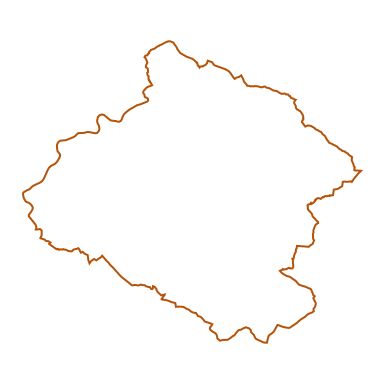 Hoghiz, Brasov, Romania (orthographic projection)
{"feature_id": "2599482B55739363536318", "entity_name": "Hoghiz", "entity_type": "district", "adm_level": 2, "iso_a3": "ROU", "parent_name": "Romania", "parent_adm1": "Brasov", "projection": "orthographic", "projection_center": [25.347, 45.951], "detail": "fine", "context": "isolated", "style": "outline", "palette": "amber", "viewbox_px": 384, "rotation_deg": 0, "n_neighbors": 0, "source": "geoboundaries", "source_scale": "gbopen_adm2", "svg_char_len": 5912}
<svg xmlns="http://www.w3.org/2000/svg" viewBox="0 0 384 384"><path d="M314.1,240.3L313.3,239.2L313.1,238.4L312.9,233.9L313.5,232.4L313.3,230.5L315.2,225.5L316.2,224.2L318.1,223.1L318.1,222.1L316.0,220.1L315.2,218.9L313.0,216.9L312.4,215.9L312.4,215.3L311.7,213.5L308.1,209.6L307.8,208.9L308.1,208.1L307.7,207.3L307.8,206.2L307.6,206.0L307.8,205.5L307.6,205.2L308.3,204.5L310.0,204.1L310.6,203.3L311.1,203.7L311.3,203.1L311.7,203.6L312.0,203.6L313.3,202.9L314.9,201.3L315.1,200.7L314.9,200.3L315.6,199.5L316.4,199.4L316.4,199.0L316.6,198.7L317.6,198.2L319.4,198.3L320.6,198.9L321.8,198.1L322.6,197.1L323.6,197.3L324.5,196.3L325.5,196.0L326.8,196.3L328.0,195.8L329.6,196.0L329.9,195.3L330.9,195.5L333.0,195.2L333.8,189.6L337.6,189.0L342.2,186.2L342.8,181.8L344.5,181.6L347.2,181.8L351.3,181.4L351.8,181.9L354.0,178.7L358.1,173.7L361.0,170.8L354.5,170.4L354.2,169.7L354.8,167.3L353.8,166.3L353.5,164.3L352.0,161.1L351.7,160.0L352.1,157.1L349.0,155.0L348.2,153.9L345.2,152.0L345.0,151.6L342.1,150.8L340.9,149.6L339.8,149.3L336.8,146.4L335.0,145.4L333.4,144.8L332.0,143.9L329.2,142.8L328.6,142.1L328.4,141.2L327.5,140.6L325.0,136.1L322.3,133.8L321.0,131.8L319.7,131.5L317.6,130.1L315.4,129.2L314.8,128.2L311.2,126.1L309.1,125.5L307.5,125.5L305.3,126.6L301.9,122.0L302.5,120.2L303.3,119.7L303.4,118.6L303.0,118.0L303.3,117.1L303.1,116.1L302.3,114.1L300.3,111.2L299.5,110.9L298.3,109.9L296.9,109.4L295.9,107.8L295.7,105.6L294.3,103.5L294.2,103.0L294.3,101.6L295.6,99.8L295.0,99.7L293.6,98.7L290.9,97.9L290.2,96.2L289.5,96.2L288.7,95.4L288.2,94.5L285.9,94.4L285.5,93.9L284.5,93.5L281.7,93.9L279.6,92.9L276.9,91.1L273.1,90.4L269.6,88.3L266.4,87.6L264.9,86.5L263.4,86.7L262.8,87.2L260.9,87.3L257.8,86.3L254.7,86.1L253.6,86.4L250.9,86.2L250.4,86.4L249.3,85.9L247.2,85.8L246.7,84.8L244.0,81.6L243.0,78.8L241.2,75.4L239.2,76.9L236.2,77.7L234.7,78.9L234.0,78.3L230.6,73.3L228.8,71.2L225.6,69.3L214.7,65.4L213.8,64.7L212.4,62.6L211.7,62.1L207.8,60.7L207.0,63.3L205.4,65.0L203.3,65.9L202.8,66.5L202.0,66.3L200.6,66.5L199.5,67.6L198.8,66.1L197.8,65.7L197.5,63.9L196.9,63.1L197.0,62.6L196.4,62.5L196.0,61.8L192.6,58.9L186.4,56.6L180.3,53.1L177.5,49.3L176.6,47.2L173.8,43.5L173.4,42.6L170.3,41.3L168.2,41.3L164.6,42.8L162.0,44.4L160.1,45.0L159.2,45.7L157.1,46.7L154.5,48.6L151.1,49.9L149.1,52.0L148.8,52.4L149.1,53.2L147.9,54.0L147.9,54.4L147.3,55.3L145.4,55.6L144.5,57.2L145.7,58.3L147.4,62.6L146.1,65.1L145.8,67.1L147.7,68.6L148.1,72.0L147.2,72.9L147.6,75.2L148.6,76.3L148.5,79.1L149.5,81.2L149.7,80.9L152.1,85.3L147.5,87.0L146.1,88.1L143.3,91.3L143.2,93.0L144.3,94.5L144.5,95.3L144.7,96.8L145.1,97.2L146.6,97.7L147.9,98.6L148.2,100.1L147.9,101.0L147.3,101.5L141.0,104.1L137.1,105.2L129.0,109.9L125.8,112.5L124.0,114.3L122.8,116.4L121.6,119.7L120.7,121.0L119.1,121.7L118.5,121.8L115.9,121.1L111.0,120.5L109.2,119.3L104.7,115.5L103.5,114.8L101.5,114.5L99.8,115.2L98.9,115.8L97.9,117.1L97.2,120.2L97.2,121.5L97.4,122.7L98.7,125.3L99.3,127.6L99.4,128.8L99.0,130.5L98.4,131.5L97.0,133.0L95.5,133.3L88.6,132.0L87.4,132.0L84.0,132.9L78.6,133.1L77.7,133.5L75.0,136.2L72.7,137.5L65.8,140.2L60.9,140.6L59.1,141.4L57.8,142.9L57.4,143.8L57.0,145.1L56.9,146.9L57.5,151.1L59.9,154.2L60.1,155.9L59.6,157.5L57.0,161.8L54.9,163.9L50.7,166.1L48.9,167.9L47.9,169.7L43.8,178.8L41.9,181.3L40.2,182.5L34.4,185.2L32.3,186.4L29.6,189.2L27.3,190.1L23.5,192.4L23.1,193.2L23.0,194.0L23.4,196.5L23.9,198.3L25.2,200.7L26.5,202.0L28.7,202.7L30.3,203.9L31.7,205.4L32.7,207.3L32.8,208.0L32.4,209.6L31.3,211.5L28.8,214.9L28.8,216.3L35.3,224.3L36.2,226.1L36.3,227.0L36.2,228.7L35.9,229.5L36.8,229.6L39.9,229.0L41.5,230.3L41.7,230.9L41.6,235.5L40.5,237.6L40.4,238.2L44.9,239.7L45.5,240.5L46.2,241.0L48.7,241.3L49.5,242.2L50.4,242.5L49.1,243.9L56.3,249.1L57.0,248.8L57.4,249.3L58.2,249.1L59.1,249.8L60.2,249.3L62.5,249.6L63.2,249.1L64.4,249.6L65.4,249.6L66.6,250.0L68.4,251.0L71.3,251.4L72.2,251.1L72.7,250.3L74.0,249.4L76.5,248.9L78.3,248.2L79.4,249.5L80.2,251.6L81.0,252.7L82.6,251.8L84.5,253.6L87.7,255.1L88.3,259.9L89.5,263.4L91.0,261.2L93.8,259.1L94.3,259.0L95.2,259.8L96.5,260.3L98.2,258.9L100.8,257.4L102.2,255.7L106.8,261.1L108.6,262.7L109.8,264.5L112.9,267.5L121.0,276.5L132.1,285.4L135.2,284.9L138.5,285.5L141.0,284.5L142.1,285.0L145.1,285.4L145.9,286.2L148.3,287.0L149.9,287.1L151.1,288.9L152.3,289.1L152.6,288.8L152.9,288.1L153.0,286.2L154.1,286.6L154.7,286.9L156.4,289.1L156.8,290.5L157.8,292.2L161.3,295.4L164.7,294.5L164.4,295.4L163.4,296.4L162.4,298.1L161.5,299.1L161.9,299.5L166.0,300.1L168.5,300.8L171.4,302.1L175.3,303.0L175.9,306.8L179.4,306.6L183.2,306.9L184.6,307.5L186.5,308.8L188.7,309.6L190.3,311.0L192.4,312.3L194.5,312.9L196.0,312.9L197.8,315.9L200.7,316.9L202.9,319.1L204.8,321.6L210.6,323.4L212.3,324.2L211.8,325.2L210.0,327.5L209.9,328.5L210.0,329.3L211.5,330.9L215.0,333.0L216.1,334.0L216.8,335.3L217.4,338.5L219.6,340.5L220.9,340.5L223.5,339.8L224.4,340.0L225.2,339.7L226.6,339.9L227.8,339.7L230.9,337.7L232.4,336.3L234.3,335.4L237.6,331.1L239.0,330.0L241.0,329.7L243.3,328.3L246.0,327.3L248.9,328.3L250.7,329.9L251.0,331.6L251.3,332.4L253.7,334.7L255.4,338.2L256.4,339.1L264.0,342.6L266.9,342.7L268.1,337.7L268.6,336.1L269.4,335.0L272.2,333.1L273.9,331.5L277.4,325.1L277.9,325.0L282.1,326.6L285.1,327.4L288.4,327.9L289.6,327.8L296.7,323.1L298.9,321.0L301.1,319.3L304.8,317.0L307.1,314.8L308.8,313.7L312.3,312.4L313.8,311.2L313.4,309.5L313.6,308.7L315.0,306.8L315.8,304.1L315.7,303.2L315.1,301.7L314.2,300.2L313.3,298.1L314.7,296.2L313.3,295.1L311.5,290.3L310.7,289.0L305.0,286.6L299.8,285.0L298.6,284.3L295.7,280.9L289.8,276.8L286.5,275.9L283.7,274.3L281.6,272.8L279.9,270.8L281.9,270.0L282.8,269.0L283.6,269.6L286.3,269.1L288.7,267.9L289.6,268.0L290.4,268.5L292.5,268.4L293.3,266.8L293.2,264.6L292.9,263.0L292.9,259.9L292.4,258.8L293.6,258.6L294.0,256.2L294.6,254.1L295.9,251.7L295.7,250.4L296.3,248.6L296.6,248.4L297.0,245.9L308.8,246.8L310.4,245.3L312.6,244.0L314.1,240.3Z" fill="none" stroke="#b45309" stroke-width="2"/></svg>